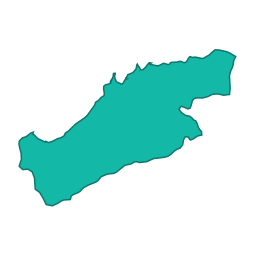 an SVG outline of Mersin, rotated 178°
{"feature_id": "TUR-2285", "entity_name": "Mersin", "entity_type": "Province", "adm_level": 1, "iso_a3": "TUR", "parent_name": "Turkey", "parent_adm1": "", "projection": "orthographic", "projection_center": [33.75, 36.714], "detail": "fine", "context": "isolated", "style": "filled", "palette": "teal", "viewbox_px": 256, "rotation_deg": 178, "n_neighbors": 0, "source": "natural_earth", "source_scale": "10m", "svg_char_len": 2594}
<svg xmlns="http://www.w3.org/2000/svg" viewBox="0 0 256 256"><g transform="rotate(178 128 128)"><path d="M225.5,126.3L225.2,126.4L223.9,126.7L222.7,127.2L222.9,126.7L223.3,125.0L222.0,124.4L218.4,120.5L211.2,116.8L210.7,117.6L208.2,116.2L204.4,117.1L198.6,119.9L196.0,120.4L195.0,120.8L192.4,122.3L191.9,122.8L191.0,124.8L190.6,125.3L187.9,126.8L180.2,133.8L170.8,139.8L168.1,142.2L160.6,151.9L159.9,153.6L159.5,154.7L158.7,155.4L156.9,156.2L153.8,159.5L150.7,161.2L150.5,164.1L151.0,167.6L150.8,170.5L149.0,171.9L146.3,172.5L143.9,173.3L143.0,175.7L143.5,175.5L143.8,175.2L143.6,175.9L141.9,178.1L141.2,179.5L140.9,181.1L140.8,182.3L140.4,183.1L138.8,183.1L138.8,182.4L139.6,180.5L139.2,177.5L137.9,174.7L136.1,173.5L134.7,173.1L133.7,172.3L132.6,172.1L131.2,173.1L129.7,175.8L128.8,176.8L127.3,177.2L128.0,177.4L128.3,177.6L128.5,178.1L127.5,179.0L126.3,181.3L125.2,181.7L124.3,181.9L121.3,183.2L120.7,183.7L118.0,186.6L117.6,187.8L117.0,190.7L116.5,191.5L116.2,190.8L114.0,187.4L113.7,185.8L112.9,185.4L111.7,185.7L110.5,186.2L108.4,188.0L106.4,190.6L104.5,192.5L102.6,192.1L103.8,191.5L103.8,190.7L101.7,190.4L98.0,189.4L96.2,189.1L94.3,189.5L91.1,191.1L89.9,191.4L86.4,190.2L84.6,190.0L83.0,191.9L81.0,192.2L77.1,192.1L74.5,192.8L73.5,192.8L72.4,192.6L70.5,191.6L69.6,191.3L67.6,191.9L66.5,193.3L65.6,195.0L64.4,196.5L63.5,197.2L63.1,197.2L62.8,196.9L62.0,196.5L60.9,196.3L58.1,196.5L52.2,195.0L50.5,194.9L44.8,197.9L43.8,198.3L43.0,199.4L38.3,203.1L34.5,202.8L26.6,200.8L23.2,199.1L17.9,195.6L18.2,194.8L19.6,192.7L20.3,190.1L20.7,187.4L21.8,184.4L23.3,181.7L24.8,176.5L24.5,164.4L25.4,158.0L31.2,157.4L36.9,158.9L42.2,158.8L47.2,156.6L52.4,155.4L57.7,155.7L60.6,155.3L62.7,153.2L63.8,149.3L65.1,145.8L66.3,145.3L67.7,145.0L70.7,146.6L74.1,147.9L76.4,145.1L74.3,141.8L70.3,138.7L65.7,137.5L63.8,135.9L62.2,133.8L60.0,132.7L58.7,129.9L57.9,126.6L56.5,124.1L54.7,121.9L54.5,118.4L57.8,117.8L59.3,117.3L63.2,114.8L65.8,113.8L66.9,114.5L67.2,115.2L67.8,116.6L71.0,117.4L72.9,114.3L73.9,109.4L76.7,106.0L80.0,105.0L83.0,102.9L85.8,100.4L88.9,98.4L92.5,97.5L103.6,96.5L110.5,93.7L117.7,93.1L120.8,94.1L122.9,93.8L126.1,92.0L132.4,90.9L140.8,84.5L143.9,83.1L150.6,82.6L156.7,80.2L159.6,76.6L162.0,75.1L169.6,72.4L174.5,69.9L178.3,66.2L180.9,64.8L185.5,63.2L187.1,62.0L188.1,58.5L194.7,58.3L197.6,57.2L200.2,55.5L206.3,52.9L212.4,54.3L215.3,60.8L218.6,66.8L222.8,70.0L223.2,81.2L225.2,87.4L229.4,90.4L234.7,90.1L238.1,93.6L235.6,100.4L235.7,106.6L237.1,112.7L237.5,115.8L237.1,118.7L233.9,121.8L230.2,122.8L225.6,126.1L225.5,126.3Z" fill="#14b8a6" stroke="#0f766e" stroke-width="1.5"/></g></svg>